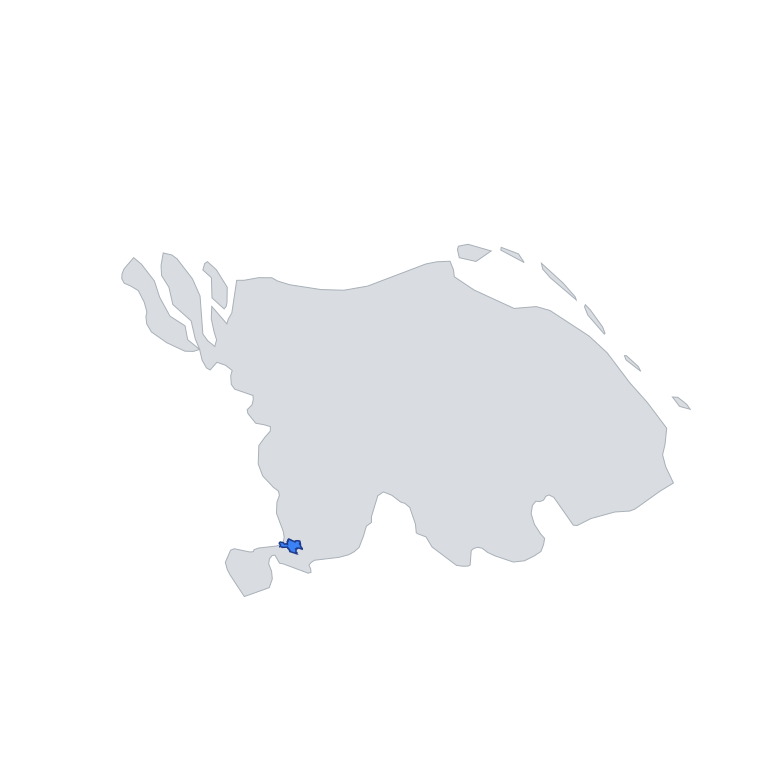 Maasgouw, Limburg, Netherlands (highlighted), rotated 55°
{"feature_id": "6326949B12614711390574", "entity_name": "Maasgouw", "entity_type": "district", "adm_level": 2, "iso_a3": "NLD", "parent_name": "Netherlands", "parent_adm1": "Limburg", "projection": "natural_earth1", "projection_center": [5.882, 51.158], "detail": "fine", "context": "in_parent", "style": "filled", "palette": "blue", "viewbox_px": 768, "rotation_deg": 55, "n_neighbors": 0, "source": "geoboundaries", "source_scale": "gbopen_adm2", "svg_char_len": 5892}
<svg xmlns="http://www.w3.org/2000/svg" viewBox="0 0 768 768"><g transform="rotate(55 384 384)"><path d="M478.0,620.3L464.8,620.0L452.5,619.6L446.0,618.8L439.1,616.3L435.9,611.1L432.1,604.9L433.1,601.1L444.7,590.2L446.4,587.2L445.2,585.6L446.4,580.9L455.2,564.7L456.4,558.2L452.4,553.7L446.7,551.0L428.2,546.2L419.4,539.5L415.3,533.6L411.2,531.9L405.1,533.9L389.8,536.1L377.3,532.9L362.6,521.8L359.2,511.8L357.4,504.2L353.8,501.5L348.8,505.4L342.5,511.6L330.1,512.4L326.6,510.9L326.0,507.5L325.4,504.2L322.0,500.2L318.3,497.9L302.6,509.3L296.7,509.3L289.4,504.9L285.8,500.6L277.7,503.1L270.4,508.4L272.8,518.4L268.9,520.2L260.0,519.3L249.9,515.2L238.7,512.7L221.7,505.8L197.8,511.4L181.4,504.7L167.6,504.0L159.1,498.7L150.0,489.7L156.6,483.8L162.9,481.7L188.1,480.6L206.4,484.2L239.1,503.7L247.4,503.6L256.2,501.1L251.8,495.8L243.6,493.2L231.4,488.0L221.7,480.6L244.6,478.2L241.5,474.4L238.5,467.9L214.6,445.2L218.8,439.1L224.9,425.9L232.6,415.0L238.6,412.1L248.6,404.3L270.3,381.7L284.1,363.2L294.4,341.3L309.6,281.1L314.1,270.8L321.3,259.5L330.3,261.6L336.5,264.9L358.7,256.3L396.7,234.1L407.9,214.9L418.9,205.9L462.4,188.5L486.4,183.3L523.5,182.0L550.2,178.9L582.4,177.8L594.7,188.5L601.8,196.4L613.3,200.7L631.1,203.7L630.1,219.3L630.4,250.0L629.1,255.4L621.2,268.4L612.9,291.7L610.7,307.0L608.2,309.9L574.3,309.9L569.5,312.5L568.8,315.8L570.6,319.8L569.8,323.7L567.1,326.9L568.6,332.0L574.5,337.8L585.2,341.3L596.7,341.7L602.6,341.0L606.9,345.2L611.2,351.5L611.0,359.5L609.4,370.3L604.0,380.2L588.4,391.7L581.4,395.7L574.8,397.8L571.6,400.8L570.2,404.7L570.5,408.1L581.7,417.3L581.5,419.4L578.3,424.2L574.0,428.7L545.2,438.1L533.3,437.3L526.5,442.0L524.4,442.9L516.8,438.6L500.0,433.7L493.7,435.4L490.2,438.1L479.6,441.4L472.0,446.5L472.0,453.2L485.4,470.3L490.2,473.7L490.4,480.1L496.9,488.2L503.6,498.2L504.3,504.7L503.5,511.2L500.1,520.4L488.5,542.0L488.4,546.1L489.3,549.3L493.3,550.1L496.4,551.8L495.5,554.6L473.7,569.6L470.9,572.3L461.7,571.5L460.3,574.0L461.5,578.1L465.1,581.6L472.9,583.5L479.6,587.3L485.0,594.8L478.0,620.3ZM249.9,515.2L248.0,521.4L242.9,528.3L225.7,538.2L207.9,544.7L198.7,543.9L192.4,540.5L189.0,536.9L179.5,533.5L166.5,531.7L158.3,535.4L152.4,539.0L147.3,538.4L143.5,535.4L140.6,530.9L136.9,516.6L146.7,514.0L167.9,513.0L184.2,518.0L205.7,520.4L222.2,513.6L235.1,519.4L249.9,515.2ZM214.8,456.9L227.2,465.9L229.9,468.8L230.8,471.9L214.8,475.5L197.9,464.4L186.7,467.0L182.5,461.8L182.5,458.5L194.2,455.8L214.8,456.9ZM336.4,238.3L323.7,249.9L316.0,246.7L313.8,244.0L317.8,235.0L336.5,219.9L336.4,238.3ZM392.6,186.8L380.8,188.1L375.4,185.8L404.0,179.4L422.2,177.4L425.4,178.3L392.6,186.8ZM469.5,174.9L444.4,177.5L435.9,175.5L434.5,173.6L441.3,172.5L462.7,172.2L469.3,173.9L469.5,174.9ZM364.9,199.5L341.3,211.5L339.3,209.6L354.5,199.2L364.9,199.5ZM571.9,154.7L560.1,155.2L563.5,150.9L574.4,147.7L580.3,147.7L571.9,154.7ZM520.9,166.4L503.1,171.9L498.7,170.8L499.8,169.2L515.5,165.7L520.9,166.4Z" fill="#d9dde1" stroke="#a8b0b8" stroke-width="1"/><path d="M472.4,545.8L472.2,545.6L471.8,545.6L471.8,545.4L471.7,545.4L471.4,545.4L471.2,545.3L470.7,545.3L470.4,545.3L470.2,545.3L469.9,545.4L469.7,545.4L469.2,545.4L468.5,545.1L468.3,545.0L468.2,544.9L467.6,544.5L466.7,545.0L466.6,544.9L466.8,544.8L466.8,544.7L467.0,544.5L467.0,544.4L466.9,544.2L466.7,544.0L466.5,543.9L466.3,543.8L466.0,543.7L465.1,543.3L464.9,543.5L464.7,543.6L464.4,543.4L464.4,543.5L464.0,543.6L463.8,543.7L463.7,543.7L463.6,543.8L463.2,544.1L463.0,544.4L463.0,544.5L462.7,544.8L462.5,545.0L462.3,545.4L462.3,545.5L462.2,546.0L461.9,546.3L461.7,546.5L461.7,546.8L461.8,546.9L461.9,547.0L462.3,547.3L462.4,547.5L461.7,547.8L460.3,548.6L460.2,548.7L460.1,548.8L459.7,549.0L459.4,549.2L459.2,549.4L459.2,549.5L459.3,549.7L459.4,549.9L459.5,549.9L459.6,550.0L459.1,549.7L458.9,549.6L458.7,549.5L458.4,549.7L458.2,549.8L457.3,550.3L457.1,550.4L457.0,550.5L456.4,550.8L456.4,551.0L456.3,551.3L456.4,551.5L456.5,551.7L456.5,551.8L456.8,551.9L456.8,552.0L457.0,552.0L457.1,552.3L457.1,552.5L457.2,552.8L457.3,552.8L457.5,553.0L457.8,553.0L457.7,553.3L457.6,553.6L458.1,553.8L458.2,554.0L458.4,554.1L458.5,554.2L458.8,554.4L459.0,554.4L459.1,554.5L460.1,555.1L459.5,555.4L459.2,555.5L458.9,555.6L458.7,555.9L458.7,556.0L458.5,556.3L458.5,556.5L458.5,556.9L458.4,557.0L458.2,557.3L457.9,557.4L457.7,557.4L457.4,557.4L457.2,557.4L456.8,557.4L456.6,557.5L456.4,557.5L456.1,557.6L455.9,557.7L455.8,557.8L455.7,557.9L455.5,558.1L455.4,558.2L455.2,558.4L455.2,558.6L454.9,558.8L454.7,559.0L454.3,559.3L454.1,559.4L454.1,559.6L454.0,559.9L453.9,560.2L453.9,560.3L454.0,560.6L454.1,560.8L454.3,561.0L454.5,561.2L454.8,561.2L455.0,561.2L455.5,561.1L455.9,561.1L456.1,561.1L456.3,561.2L456.5,561.2L456.6,561.3L456.9,561.5L457.0,561.6L457.2,561.9L457.2,562.0L457.2,562.3L457.2,562.5L457.4,562.6L457.4,562.3L457.5,562.2L457.7,561.9L457.8,561.9L458.0,561.8L458.3,561.7L458.5,561.6L458.8,561.4L459.1,561.0L459.2,560.9L459.3,560.9L459.5,561.0L460.2,559.9L460.4,559.6L462.2,556.7L462.5,556.8L462.7,556.7L463.0,556.8L463.2,556.7L463.4,556.7L463.6,557.0L464.1,556.7L464.2,556.8L464.5,556.7L464.6,556.8L465.0,556.7L465.3,556.5L465.5,556.5L465.9,556.8L466.0,556.8L466.2,557.0L466.3,557.0L466.8,556.7L467.1,557.0L467.3,557.2L467.6,557.0L467.9,556.7L469.2,555.7L469.4,555.6L469.6,555.4L470.1,555.0L471.4,554.0L471.6,553.8L471.9,553.6L472.5,553.1L473.0,552.7L472.9,552.7L472.8,552.8L472.7,552.8L472.6,552.7L472.6,552.8L472.3,552.6L472.1,552.6L471.9,552.5L471.9,552.4L471.7,552.5L471.4,552.5L471.1,552.5L471.0,552.4L470.9,552.4L470.8,552.2L470.7,552.1L470.4,551.9L470.0,551.6L469.4,551.1L469.0,551.0L468.7,551.0L468.2,551.1L467.9,551.1L468.1,551.0L468.2,550.9L468.3,550.8L468.5,550.7L469.1,549.6L468.6,549.5L468.5,549.4L468.8,549.0L468.9,548.7L469.1,548.5L469.3,548.3L469.4,548.1L469.5,547.9L469.9,547.6L470.1,547.4L470.3,547.2L470.5,547.1L470.8,546.9L472.4,545.8Z" fill="#3b82f6" stroke="#1e3a8a" stroke-width="1.5"/></g></svg>